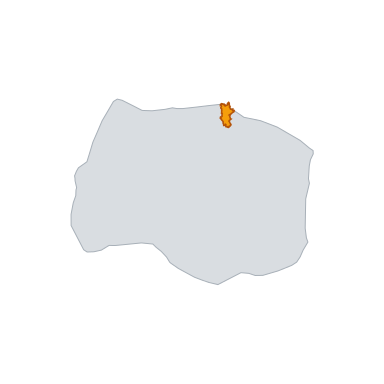 location of Manka, Leribe, Lesotho, rotated 52°
{"feature_id": "5366337B27297723813", "entity_name": "Manka", "entity_type": "district", "adm_level": 2, "iso_a3": "LSO", "parent_name": "Lesotho", "parent_adm1": "Leribe", "projection": "orthographic", "projection_center": [27.816, -28.974], "detail": "fine", "context": "in_parent", "style": "filled", "palette": "amber", "viewbox_px": 384, "rotation_deg": 52, "n_neighbors": 0, "source": "geoboundaries", "source_scale": "gbopen_adm2", "svg_char_len": 5264}
<svg xmlns="http://www.w3.org/2000/svg" viewBox="0 0 384 384"><g transform="rotate(52 192 192)"><path d="M243.9,249.8L234.8,252.6L233.5,252.8L227.6,252.1L219.8,252.8L213.6,254.3L208.9,254.9L201.0,263.2L186.8,285.6L183.0,290.3L182.0,299.2L178.7,306.1L174.7,311.6L170.8,312.9L159.0,310.7L144.0,307.9L135.2,301.1L127.4,292.2L123.3,285.8L119.0,282.2L117.5,280.2L111.3,277.3L109.0,275.7L107.0,274.6L104.5,270.3L103.0,266.6L103.5,256.2L99.2,250.0L91.7,239.4L87.0,230.7L80.5,218.9L76.5,208.7L72.3,198.2L72.8,193.7L76.7,190.6L88.1,185.2L97.0,181.1L103.4,173.5L110.3,162.3L113.6,155.6L117.0,152.5L120.7,147.7L127.2,137.2L134.3,125.5L142.1,112.9L151.8,109.3L165.1,105.1L178.0,94.1L193.3,84.9L218.0,75.0L229.5,72.5L233.9,71.1L236.6,73.0L239.5,78.8L243.7,83.6L253.3,92.1L257.4,94.1L267.4,106.6L278.0,115.2L290.2,125.1L298.6,130.1L302.8,131.5L306.2,140.2L309.7,146.7L311.7,152.7L311.2,158.6L307.1,172.9L301.3,187.5L296.7,193.6L291.1,197.3L285.7,203.1L283.5,214.8L280.9,228.6L273.8,234.3L268.3,237.9L260.7,242.5L243.9,249.8Z" fill="#d9dde1" stroke="#a8b0b8" stroke-width="1"/><path d="M160.9,125.4L160.9,125.2L161.0,125.1L161.5,125.1L161.7,124.9L161.7,124.6L161.8,124.5L162.0,124.4L162.5,124.2L162.4,124.0L162.4,123.9L162.5,123.9L162.9,124.0L163.0,124.0L163.2,123.9L163.3,123.8L163.5,123.7L163.6,123.4L163.4,123.4L163.3,123.2L163.2,123.0L163.2,122.9L163.1,122.5L163.3,122.5L163.4,122.1L163.5,121.8L163.5,121.4L163.4,121.3L163.4,121.2L163.1,121.0L163.0,120.9L162.9,120.7L163.0,120.5L163.2,120.0L163.0,119.8L162.8,119.8L162.5,119.8L162.4,119.7L162.2,119.6L160.6,119.6L160.4,119.5L160.3,119.4L160.1,119.3L160.0,119.2L159.9,119.2L159.6,119.3L159.4,119.3L159.2,119.4L158.9,119.2L158.6,118.8L158.6,118.7L158.5,118.4L158.6,118.1L158.6,117.9L158.6,117.6L158.7,117.4L158.7,117.2L158.6,116.7L158.6,116.3L158.6,116.2L158.4,116.3L158.2,116.4L158.1,116.5L157.9,116.5L157.7,116.6L157.4,116.4L157.1,116.3L157.0,116.2L156.9,116.2L156.7,116.1L156.4,116.1L156.2,116.0L156.0,115.9L155.9,115.8L155.6,115.7L155.5,115.3L155.4,115.1L155.1,114.9L154.9,114.9L154.8,114.7L154.7,114.7L154.6,114.8L154.4,115.0L154.4,114.8L154.3,114.7L154.1,114.8L154.1,114.7L154.3,114.4L154.6,114.1L154.6,113.8L154.5,113.7L154.6,113.4L154.4,113.2L154.4,112.8L154.3,112.7L154.4,112.4L154.4,111.9L154.4,111.6L154.4,111.0L154.4,110.8L154.5,110.3L154.6,109.7L154.4,109.5L154.2,109.3L154.2,108.9L154.1,108.7L153.7,108.6L153.6,108.9L153.6,109.0L153.6,109.3L153.1,109.6L152.9,109.9L152.8,110.0L152.6,109.9L152.4,109.5L152.3,109.4L152.0,108.9L151.9,108.8L151.8,108.6L151.7,108.6L151.7,108.8L151.7,109.2L151.7,109.3L151.9,109.5L151.6,109.6L151.4,109.7L151.3,109.8L151.1,110.0L150.8,110.3L150.6,110.6L150.4,110.7L150.1,110.6L149.8,110.4L149.6,110.2L149.3,110.2L149.1,110.3L148.5,110.4L148.1,110.1L147.9,110.0L147.8,109.9L148.0,109.6L148.0,109.3L147.8,109.3L147.6,109.3L147.4,109.3L147.2,109.3L147.1,109.2L146.9,109.1L146.7,109.1L146.3,109.0L146.1,108.9L146.0,108.7L145.8,108.6L145.6,108.5L145.5,108.3L145.1,108.1L144.8,107.9L144.7,107.9L144.4,107.9L144.1,107.9L143.9,107.9L143.9,108.1L144.0,108.3L143.9,108.6L144.0,109.0L144.2,109.4L144.2,109.7L144.3,109.8L144.6,109.6L144.8,109.7L144.9,109.8L145.1,109.9L145.3,110.2L145.3,110.3L145.2,110.7L145.1,111.0L145.0,111.3L144.9,111.4L144.8,111.6L144.7,111.8L144.4,112.1L144.2,112.2L144.3,112.3L144.8,112.6L144.7,112.8L144.6,113.0L144.3,113.1L143.8,113.1L143.6,113.1L143.4,113.1L143.3,112.8L143.3,112.7L143.0,112.5L143.0,112.4L142.9,112.4L142.8,112.5L142.9,112.8L143.1,112.9L143.2,113.0L142.9,113.2L142.7,113.1L142.5,112.7L142.4,112.7L142.2,113.0L142.0,113.4L141.9,113.5L141.6,113.6L141.4,113.7L141.4,113.8L141.4,114.1L141.2,114.2L140.9,114.0L140.7,114.2L140.8,114.3L141.0,114.4L141.1,114.5L141.0,114.8L140.9,114.9L140.6,114.9L140.6,115.0L140.5,115.3L140.5,115.6L140.6,115.8L140.8,115.9L140.9,116.0L140.9,115.8L141.0,115.8L141.3,115.8L141.4,115.7L141.6,115.7L141.8,115.7L142.0,115.8L142.3,115.8L142.6,116.0L142.6,116.3L142.7,116.5L142.8,116.5L142.9,117.0L143.0,117.1L143.2,117.3L143.3,117.4L143.5,117.5L143.9,117.7L144.3,117.3L144.7,117.4L144.8,117.6L145.0,117.7L145.2,117.8L145.3,117.8L145.6,118.1L145.8,118.3L146.0,118.3L146.1,118.5L146.3,118.5L146.6,118.9L146.7,119.0L146.8,119.0L147.0,119.2L147.2,119.3L147.3,119.4L147.3,119.5L147.6,119.6L147.9,119.7L148.0,120.0L148.0,120.3L148.3,120.4L148.6,120.3L148.7,120.2L148.8,120.1L148.9,120.3L149.1,120.3L149.4,120.5L149.5,120.6L149.6,120.8L149.9,121.0L150.1,121.3L150.4,121.3L150.6,121.4L150.6,121.5L150.8,121.6L150.9,122.0L151.0,122.3L151.0,122.7L150.5,123.2L150.4,123.3L150.6,123.6L150.8,123.8L151.0,124.1L151.3,124.3L151.4,124.2L151.6,124.2L151.8,124.0L151.9,123.9L152.0,123.9L152.3,123.9L152.3,124.0L152.6,124.3L152.8,124.3L152.9,124.1L153.1,124.1L153.3,124.2L153.4,124.3L153.6,124.3L153.8,124.2L154.1,124.2L154.3,124.1L154.7,124.2L154.8,124.2L155.0,124.2L155.4,124.1L155.7,124.1L156.0,124.3L156.2,124.5L156.4,124.6L156.5,124.7L156.8,124.9L156.8,125.1L157.3,125.1L157.5,125.2L157.7,125.3L158.3,125.6L158.5,125.7L158.8,125.9L158.8,125.7L159.0,125.6L159.5,125.4L159.5,125.2L159.6,124.7L159.5,124.4L159.5,124.2L159.4,124.0L159.3,123.9L159.5,123.8L159.8,123.8L160.0,123.9L160.1,124.0L160.2,124.3L160.3,124.4L160.3,124.6L160.5,124.7L160.7,124.9L160.7,125.0L160.8,125.1L160.9,125.4Z" fill="#f59e0b" stroke="#b45309" stroke-width="1.5"/></g></svg>